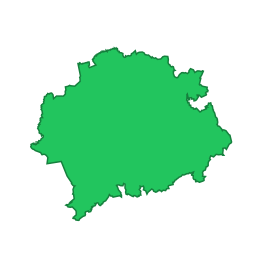 the district of Metztitlán, Hidalgo, Mexico, rotated 79°
{"feature_id": "50627088B46481232668966", "entity_name": "Metztitlán", "entity_type": "district", "adm_level": 2, "iso_a3": "MEX", "parent_name": "Mexico", "parent_adm1": "Hidalgo", "projection": "mercator", "projection_center": [-98.823, 20.565], "detail": "fine", "context": "isolated", "style": "filled", "palette": "green", "viewbox_px": 256, "rotation_deg": 79, "n_neighbors": 0, "source": "geoboundaries", "source_scale": "gbopen_adm2", "svg_char_len": 5794}
<svg xmlns="http://www.w3.org/2000/svg" viewBox="0 0 256 256"><g transform="rotate(79 128 128)"><path d="M125.6,226.3L126.6,226.2L127.7,227.0L128.7,226.8L130.0,226.0L130.9,225.1L131.0,224.4L132.4,223.4L135.4,218.5L137.8,217.5L137.7,215.7L138.2,214.4L139.5,213.3L141.7,212.3L147.6,214.3L148.1,199.9L163.6,196.9L171.1,193.7L171.7,194.1L173.7,193.1L174.5,192.4L174.8,191.4L175.2,192.1L177.8,193.7L180.8,193.9L182.3,194.9L182.8,194.1L187.2,194.3L189.6,198.5L189.8,197.2L190.1,197.3L191.9,201.8L191.5,202.7L191.9,203.7L193.0,202.2L194.0,202.0L194.8,199.7L194.9,197.7L198.8,195.1L200.1,194.8L203.4,195.4L204.7,197.7L205.5,198.3L205.3,198.7L206.2,199.2L207.1,197.1L208.3,196.8L209.2,194.4L209.2,193.7L207.9,192.7L206.2,189.1L205.8,186.9L204.9,186.3L202.9,186.2L202.2,185.6L201.9,182.7L203.0,182.5L202.9,180.6L201.1,179.3L200.6,180.0L199.8,178.7L198.5,178.7L198.5,178.4L199.6,177.8L198.2,177.8L198.0,175.2L197.0,174.2L195.9,174.7L196.1,174.0L195.5,172.5L196.0,171.6L197.6,171.2L198.8,170.2L198.8,169.6L197.4,168.3L197.6,167.5L195.9,166.3L195.2,163.8L191.7,160.2L189.8,159.0L191.5,157.9L192.0,156.2L193.0,155.9L192.9,149.1L194.5,147.6L192.6,147.2L191.4,147.7L190.3,147.3L186.8,149.2L184.2,149.5L182.1,150.2L182.0,149.8L182.1,147.8L183.2,146.3L183.7,144.0L181.6,142.9L182.6,141.6L186.4,142.4L188.5,141.8L190.5,142.6L192.6,142.5L193.3,141.4L192.6,140.6L196.0,136.6L196.3,135.7L195.5,135.2L195.7,134.0L197.4,132.2L197.2,131.0L196.8,130.9L197.0,130.3L196.6,130.2L196.8,130.0L196.1,129.1L196.3,128.2L193.8,128.1L192.6,127.5L190.5,128.7L189.4,127.4L187.4,127.2L188.2,126.0L188.0,124.0L189.9,123.7L191.6,124.7L193.0,122.6L196.5,122.0L194.9,120.7L192.4,116.3L193.7,115.0L194.9,114.9L196.3,113.0L196.1,111.7L195.0,110.2L195.5,109.7L194.9,109.0L196.0,107.7L196.8,107.3L195.8,105.3L196.6,103.0L195.0,101.7L195.2,99.4L193.3,99.8L192.3,99.2L192.1,94.5L189.9,94.4L190.1,93.6L189.6,93.3L189.5,92.7L188.1,91.7L188.0,90.6L187.3,89.9L187.2,89.2L186.0,87.2L185.6,85.1L184.2,83.3L184.8,82.2L184.4,79.9L184.0,79.5L184.4,77.2L183.6,76.2L184.3,75.2L183.7,72.1L185.2,73.0L185.8,74.4L186.4,74.5L187.2,73.1L189.6,73.6L190.9,73.2L191.4,72.6L191.6,71.6L192.6,71.6L192.9,71.3L193.3,71.8L193.7,71.7L193.6,69.9L194.9,68.2L194.4,64.7L194.0,63.4L193.2,63.2L192.2,63.5L190.4,61.3L189.6,64.0L187.8,63.3L186.0,63.4L184.4,62.1L184.0,60.1L180.9,58.6L181.0,57.5L180.2,56.5L177.4,55.9L176.1,55.1L174.6,53.1L173.4,53.7L171.1,52.1L172.7,49.5L170.7,46.5L171.6,44.1L171.8,41.2L172.8,40.3L173.0,39.2L171.3,40.0L167.6,38.8L166.1,38.8L166.1,36.5L167.8,35.5L163.2,31.8L162.3,29.6L161.5,29.0L154.5,29.3L153.8,30.2L149.3,32.4L148.2,34.2L147.9,35.5L148.4,35.9L147.0,36.2L143.9,37.9L143.2,39.4L141.8,39.6L141.6,40.0L140.1,39.0L138.0,38.7L137.2,39.0L136.6,38.6L135.1,38.9L133.9,39.9L129.7,40.1L127.4,41.0L126.7,40.7L126.1,41.1L122.4,41.0L121.7,41.9L119.1,42.0L119.3,43.5L119.0,44.2L120.8,45.0L121.5,46.5L121.2,46.7L121.4,47.2L121.5,46.8L121.9,47.0L122.5,46.4L122.2,47.8L122.8,48.1L123.6,47.3L124.1,47.3L125.0,51.6L124.8,52.4L125.7,53.1L126.0,54.3L121.6,57.1L121.8,58.0L122.3,58.3L121.9,60.0L121.3,59.7L120.7,60.2L119.9,62.2L117.6,62.2L117.6,63.4L114.6,63.3L114.6,64.5L112.8,64.4L111.9,65.1L107.8,63.9L106.6,63.9L106.0,63.3L111.9,63.2L111.9,62.0L110.2,61.9L110.3,59.9L111.8,59.9L111.9,57.9L114.0,58.0L113.9,56.4L113.2,55.2L110.8,53.0L110.0,52.8L109.6,53.9L108.8,53.8L109.4,51.8L111.8,50.1L110.5,44.9L109.9,44.6L108.4,45.2L107.3,43.8L107.6,42.9L106.4,42.3L104.8,43.1L103.1,42.5L101.1,47.2L99.8,48.0L99.2,48.8L99.3,49.5L98.7,49.6L93.6,47.3L93.7,47.7L92.7,48.0L90.1,45.6L86.6,43.2L86.1,43.8L86.6,45.3L85.7,46.9L85.2,49.1L86.3,51.8L83.4,52.7L81.7,55.3L83.5,57.2L84.9,57.6L85.9,59.3L84.6,61.1L84.8,62.5L84.1,63.4L84.0,64.8L85.3,67.2L88.0,69.6L87.8,70.9L86.4,72.6L83.4,73.1L80.8,72.6L80.4,70.8L79.6,71.6L76.6,71.8L76.0,72.8L76.3,73.7L75.7,74.4L73.9,74.9L73.8,75.4L72.6,76.0L71.3,76.2L68.3,75.3L65.4,75.3L64.5,78.4L64.7,80.2L66.5,82.6L66.3,85.8L64.4,87.5L64.7,88.6L63.8,90.0L62.8,90.7L63.6,91.5L60.3,93.9L60.2,95.0L59.2,97.3L57.5,97.8L56.2,99.4L55.8,102.5L56.1,104.0L57.2,105.7L53.5,106.1L55.4,109.1L55.7,110.4L57.4,111.2L57.6,112.7L57.0,113.9L57.4,115.8L56.7,116.6L58.0,117.0L58.0,117.9L57.2,118.8L55.5,119.2L53.9,118.8L52.9,120.2L52.2,122.2L51.1,122.0L50.3,123.4L49.4,123.7L48.7,123.2L48.0,123.3L47.9,124.6L47.2,124.5L47.6,125.6L46.8,126.2L47.7,126.5L47.1,127.8L47.7,128.9L47.4,129.7L48.2,130.4L47.7,131.6L48.2,132.6L47.7,133.4L49.0,133.9L47.8,134.7L48.5,134.8L48.4,136.2L47.9,136.9L48.6,137.3L47.6,138.7L48.6,139.2L48.2,140.2L49.1,140.8L48.8,141.5L49.3,142.0L49.1,142.6L49.6,143.3L49.6,144.1L50.2,144.1L50.2,145.4L51.2,145.4L50.9,146.6L52.0,147.8L53.1,148.1L53.1,148.8L54.0,149.7L54.5,149.1L55.4,149.7L60.1,147.5L61.4,154.4L59.6,154.9L58.8,153.8L55.8,153.6L55.6,154.8L56.2,155.8L55.8,156.3L56.2,159.6L55.9,159.9L56.4,160.9L55.6,162.8L55.2,162.5L54.7,162.9L55.1,163.7L56.2,163.8L55.5,164.8L67.9,164.7L69.3,165.8L70.2,165.6L73.1,166.1L76.8,172.3L75.6,176.3L75.0,177.1L75.6,178.8L75.7,181.6L78.9,181.7L79.9,182.6L82.7,183.0L84.4,185.3L83.0,192.1L85.0,195.5L81.1,195.3L79.3,196.2L79.0,196.7L79.1,198.2L79.6,198.7L78.8,200.2L79.5,200.6L79.8,201.5L81.2,202.4L81.2,204.0L83.5,204.7L83.9,205.3L85.1,205.0L85.8,205.8L87.6,206.0L88.7,208.3L89.5,209.0L90.6,208.6L90.9,209.3L92.2,209.0L93.1,209.8L94.3,209.1L97.9,209.2L98.2,210.1L99.4,210.6L101.5,209.9L101.3,211.4L101.8,212.3L102.7,212.5L103.4,212.2L103.9,212.7L104.3,212.3L105.3,212.8L106.6,214.3L107.5,213.9L107.6,215.2L108.9,214.8L109.4,216.0L110.6,216.2L111.0,216.7L114.0,215.7L115.9,216.1L116.9,215.0L117.0,214.3L119.2,214.3L118.6,213.2L119.2,212.6L119.8,212.6L121.0,213.2L122.1,215.3L123.3,216.0L123.7,217.0L123.4,218.0L124.6,218.5L124.4,220.0L125.6,219.0L125.8,220.4L126.6,221.0L126.7,222.0L125.4,222.2L126.2,222.8L126.1,223.6L124.9,223.9L125.6,226.3Z" fill="#22c55e" stroke="#15803d" stroke-width="1.5"/></g></svg>